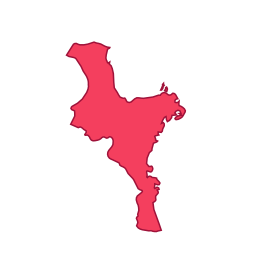 map outline of Mie (Robinson projection), rotated 319°
{"feature_id": "JPN-1843", "entity_name": "Mie", "entity_type": "Prefecture", "adm_level": 1, "iso_a3": "JPN", "parent_name": "Japan", "parent_adm1": "", "projection": "robinson", "projection_center": [136.438, 34.459], "detail": "fine", "context": "isolated", "style": "filled", "palette": "rose", "viewbox_px": 256, "rotation_deg": 319, "n_neighbors": 0, "source": "natural_earth", "source_scale": "10m", "svg_char_len": 3774}
<svg xmlns="http://www.w3.org/2000/svg" viewBox="0 0 256 256"><g transform="rotate(319 128 128)"><path d="M167.1,55.3L166.4,55.6L164.3,55.1L159.6,58.5L157.2,60.7L156.2,62.6L156.1,63.4L155.6,64.6L155.4,65.3L155.7,66.0L157.5,66.2L155.8,67.6L156.1,69.9L155.1,72.8L152.6,77.4L147.2,84.2L144.0,88.7L143.2,94.3L142.6,96.9L142.3,99.5L142.6,100.1L143.7,102.2L144.1,102.6L145.2,103.3L145.1,104.8L144.6,106.5L144.5,107.9L145.7,109.6L147.5,110.4L152.2,110.4L154.5,111.0L156.1,112.5L157.6,114.2L159.2,115.8L167.2,121.0L172.7,123.3L173.9,124.5L175.0,124.1L176.5,124.1L177.9,124.6L179.0,125.4L179.7,126.9L179.9,128.2L180.2,129.5L181.2,130.7L182.6,131.2L183.8,131.1L184.7,131.2L185.6,132.5L185.8,133.9L184.8,138.6L183.5,137.9L182.3,137.8L181.2,138.2L180.4,139.5L180.9,140.3L181.7,141.0L182.7,141.4L184.1,141.3L182.4,142.9L181.8,143.7L181.3,144.7L182.1,146.1L182.8,148.2L183.1,150.6L182.6,152.6L181.6,153.4L177.8,154.8L176.2,155.2L174.3,155.1L171.7,154.4L169.7,153.2L169.5,151.8L171.1,151.2L173.3,151.7L175.5,152.6L176.8,153.5L176.6,152.7L176.4,151.5L176.2,150.8L177.5,151.8L178.4,149.1L177.3,147.4L175.3,146.8L173.2,147.3L173.4,148.2L173.4,148.6L173.2,149.0L173.2,150.0L169.5,147.3L167.7,148.8L164.4,149.5L161.9,149.0L162.5,146.9L164.2,144.3L162.4,143.9L159.1,145.0L156.3,146.5L158.2,147.1L158.1,148.6L156.8,150.1L153.4,151.6L151.8,152.9L150.2,153.1L148.2,150.8L147.5,151.6L147.1,152.0L146.8,152.4L146.7,153.5L143.8,152.0L142.7,151.8L142.1,153.3L141.6,154.5L140.9,155.2L141.8,157.3L140.6,157.4L137.2,156.2L132.5,159.4L131.3,160.6L127.9,160.6L122.8,163.2L118.7,167.0L118.5,170.7L119.7,171.7L120.6,172.1L120.9,172.8L120.3,174.6L119.7,175.3L118.9,175.8L117.9,176.2L117.1,176.4L116.0,175.8L114.6,173.3L113.8,172.9L113.1,173.5L111.4,176.3L110.1,177.2L110.1,178.1L111.7,178.1L112.8,178.6L113.5,179.6L113.8,181.2L115.7,183.2L116.7,184.6L116.3,185.2L116.1,185.9L116.2,189.4L116.0,190.5L114.4,191.2L113.2,190.4L112.3,189.0L111.6,187.7L110.2,189.2L108.6,190.5L108.6,191.3L111.1,191.7L111.8,193.4L111.2,194.7L109.3,193.9L108.8,196.2L108.0,196.9L104.3,197.5L103.9,197.9L103.0,198.8L102.0,200.4L101.4,200.8L100.1,201.0L97.9,200.7L94.1,206.4L88.5,220.9L86.0,227.0L83.1,225.4L81.4,224.7L80.0,223.4L79.0,222.2L78.1,220.7L76.2,219.2L72.0,214.1L70.8,212.1L70.2,210.2L70.2,209.2L70.3,207.5L73.3,205.9L74.2,204.4L75.0,201.8L76.0,201.1L77.6,201.1L78.2,200.5L78.7,199.5L82.1,197.3L83.9,194.9L85.1,192.8L85.7,190.6L87.1,187.7L88.6,186.2L90.5,185.4L96.0,185.6L97.2,185.3L97.6,184.4L96.4,182.2L95.9,180.4L98.4,170.6L98.5,169.0L98.2,162.5L99.4,157.5L99.4,155.9L98.8,154.1L97.9,152.3L97.5,150.5L98.1,149.4L98.3,148.3L95.5,141.8L94.7,140.2L94.2,138.5L94.4,136.3L95.4,134.4L97.0,133.0L98.9,132.3L103.6,131.5L105.8,130.6L108.4,128.0L109.3,126.2L109.4,124.5L109.0,123.3L108.4,122.5L106.2,122.2L105.1,121.5L104.1,119.1L103.2,118.4L102.0,118.1L100.6,118.2L99.0,118.0L97.2,117.3L94.9,116.0L93.2,114.7L92.4,113.1L92.5,111.3L93.1,109.2L93.0,107.4L92.5,106.5L91.2,105.6L90.9,105.1L91.1,104.6L93.6,103.9L94.5,102.7L93.7,100.0L93.5,98.1L93.1,96.7L92.7,96.0L92.1,95.6L90.7,95.1L87.2,87.6L95.6,84.1L97.6,81.8L98.9,80.0L97.6,77.3L97.7,75.9L98.9,75.1L100.1,75.0L106.1,76.2L112.5,76.2L120.1,74.1L123.4,72.4L125.5,70.7L126.4,69.4L127.6,68.1L128.7,66.6L129.5,65.1L130.3,62.9L130.8,60.9L131.5,55.8L133.0,50.7L134.2,41.8L134.0,40.5L133.4,39.3L130.3,35.2L129.4,32.7L141.8,29.0L143.2,29.3L144.4,30.2L145.5,32.5L146.4,33.8L149.3,36.3L152.8,38.4L158.7,40.9L159.9,43.1L161.4,45.0L162.6,46.9L164.2,51.1L165.4,53.3L167.1,55.3ZM182.0,118.7L182.6,117.8L184.1,117.6L183.3,118.6L183.4,119.5L181.8,119.8L180.2,121.0L178.3,121.4L177.6,120.8L179.4,120.0L182.0,118.7ZM182.2,123.1L182.9,122.2L184.0,122.4L183.8,123.5L183.3,124.5L182.1,125.3L181.2,125.9L180.6,124.9L180.1,123.8L182.2,123.1Z" fill="#f43f5e" stroke="#9f1239" stroke-width="1.5"/></g></svg>